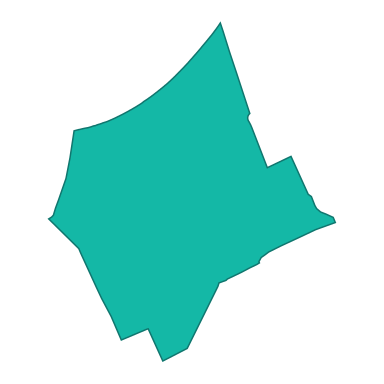 outline of Al Attarin, Al Iskandariyah, Egypt
{"feature_id": "37247803B2309887607754", "entity_name": "Al Attarin", "entity_type": "district", "adm_level": 2, "iso_a3": "EGY", "parent_name": "Egypt", "parent_adm1": "Al Iskandariyah", "projection": "orthographic", "projection_center": [29.903, 31.198], "detail": "fine", "context": "isolated", "style": "filled", "palette": "teal", "viewbox_px": 384, "rotation_deg": 0, "n_neighbors": 0, "source": "geoboundaries", "source_scale": "gbopen_adm2", "svg_char_len": 5620}
<svg xmlns="http://www.w3.org/2000/svg" viewBox="0 0 384 384"><path d="M121.3,340.0L136.9,333.4L146.6,329.3L148.2,328.8L162.7,360.8L162.8,361.0L187.2,348.4L213.7,294.9L217.9,286.4L219.0,282.9L226.1,280.3L227.4,279.0L241.6,272.2L249.5,268.0L256.8,264.5L259.4,262.9L258.9,261.7L261.2,257.5L265.3,254.6L268.7,252.0L280.7,246.0L283.7,244.6L304.1,235.1L315.5,229.7L320.4,227.9L323.5,226.8L335.3,222.5L333.2,217.4L326.2,214.2L320.6,212.0L316.6,208.6L314.8,205.4L311.4,196.6L308.2,194.3L291.0,156.4L267.3,167.7L251.8,127.6L251.5,126.9L251.2,126.2L250.9,125.5L250.6,124.8L250.2,124.1L249.9,123.4L249.5,122.8L249.2,122.1L248.5,121.0L248.3,120.7L248.2,120.3L248.1,120.1L248.0,119.8L247.8,119.4L247.8,119.0L247.7,118.6L247.7,118.2L247.7,117.8L247.7,117.4L247.8,117.0L247.9,116.6L247.9,116.4L248.0,116.0L248.2,115.6L248.3,115.4L248.5,115.1L248.7,114.7L248.9,114.4L249.2,114.1L249.5,113.8L249.8,113.5L236.5,72.9L229.6,52.2L223.1,31.4L220.3,23.0L220.1,23.3L220.0,23.5L219.7,23.9L219.4,24.4L219.3,24.5L218.6,25.6L218.5,25.8L218.3,26.0L218.2,26.2L217.6,27.0L217.2,27.6L217.0,27.8L216.9,28.0L216.2,29.0L215.8,29.5L215.7,29.7L215.5,29.9L215.4,30.1L215.3,30.3L215.1,30.4L215.0,30.6L214.8,30.8L214.7,31.0L214.4,31.3L214.3,31.5L214.1,31.7L214.0,32.0L213.8,32.2L213.6,32.5L213.4,32.7L213.3,32.9L213.0,33.3L212.8,33.5L212.2,34.3L212.0,34.5L211.9,34.7L211.8,34.9L211.1,35.7L210.8,36.0L210.7,36.2L210.2,36.7L210.0,37.1L209.9,37.2L209.7,37.3L209.5,37.6L209.3,37.9L209.1,38.2L208.9,38.3L208.8,38.5L208.7,38.7L208.5,38.8L208.3,39.0L208.2,39.3L208.0,39.5L207.7,39.8L207.5,40.1L207.3,40.4L207.0,40.7L206.7,41.0L205.7,42.3L205.3,42.7L205.1,42.9L204.9,43.2L204.6,43.6L204.3,43.9L204.1,44.2L203.8,44.5L203.4,45.0L203.1,45.3L202.8,45.7L202.1,46.5L201.7,47.0L201.0,47.9L200.6,48.4L199.3,49.9L198.5,50.9L198.1,51.3L197.7,51.8L197.4,52.2L197.0,52.6L196.7,52.9L196.2,53.6L195.9,53.9L195.7,54.1L195.5,54.3L195.4,54.5L195.2,54.6L195.1,54.8L194.9,55.1L194.7,55.2L194.6,55.3L194.4,55.6L193.9,56.1L193.7,56.4L193.4,56.7L193.1,57.0L192.8,57.5L192.3,58.0L191.9,58.5L191.7,58.7L191.4,59.0L191.1,59.3L190.8,59.7L190.6,59.9L190.4,60.1L190.1,60.4L190.0,60.6L189.1,61.6L188.9,61.8L188.7,62.0L188.4,62.4L188.2,62.7L188.0,62.9L187.8,63.1L187.6,63.3L187.3,63.6L187.1,63.8L186.9,64.0L186.6,64.4L186.1,64.9L186.0,65.0L185.8,65.2L185.6,65.4L185.4,65.6L185.2,65.9L184.9,66.1L184.7,66.4L184.4,66.8L184.0,67.1L183.0,68.2L182.7,68.5L182.4,68.8L182.0,69.2L181.8,69.4L181.6,69.6L181.3,69.9L181.0,70.2L179.9,71.4L179.6,71.7L178.7,72.5L178.1,73.2L177.5,73.8L176.8,74.5L176.5,74.8L175.9,75.4L175.1,76.3L174.5,76.8L174.2,77.1L174.0,77.3L173.7,77.6L173.5,77.8L173.3,78.0L173.1,78.2L172.9,78.4L172.7,78.6L172.3,78.9L172.1,79.1L171.9,79.4L171.6,79.6L171.4,79.8L171.1,80.1L170.7,80.4L170.4,80.8L169.2,81.8L168.9,82.1L168.5,82.5L168.2,82.8L167.8,83.1L167.2,83.7L166.9,83.9L166.6,84.2L166.0,84.7L165.7,85.0L165.3,85.2L165.0,85.5L164.7,85.7L164.6,85.9L164.0,86.4L163.6,86.7L163.0,87.2L162.6,87.5L162.3,87.8L161.9,88.1L161.5,88.4L161.1,88.7L160.8,88.9L160.6,89.2L160.2,89.5L159.7,89.9L159.1,90.3L158.5,90.8L156.8,92.2L156.2,92.6L155.7,93.0L155.2,93.4L154.7,93.8L154.3,94.1L153.8,94.5L153.4,94.8L153.1,95.1L152.7,95.3L152.1,95.8L151.7,96.0L151.5,96.3L151.2,96.5L150.9,96.7L150.4,97.0L150.2,97.2L150.0,97.3L149.8,97.5L149.6,97.6L149.2,97.8L148.4,98.5L148.2,98.6L147.9,98.8L147.7,99.0L147.3,99.2L147.1,99.4L146.9,99.5L146.6,99.7L146.4,99.8L146.1,100.0L145.7,100.3L145.2,100.6L144.9,100.8L144.6,101.0L144.4,101.1L144.1,101.3L143.7,101.6L143.1,102.1L142.9,102.3L142.7,102.4L142.6,102.6L142.4,102.7L142.0,103.0L141.8,103.1L141.3,103.5L141.1,103.6L140.8,103.8L140.6,104.0L140.3,104.1L140.1,104.3L139.8,104.5L139.5,104.6L139.1,104.9L138.8,105.1L138.4,105.3L137.6,105.8L137.3,106.0L137.2,106.1L136.5,106.5L135.7,107.0L135.1,107.4L134.4,107.7L134.1,107.9L133.9,108.1L133.6,108.2L133.4,108.4L133.1,108.5L131.3,109.6L131.1,109.7L130.9,109.8L130.5,110.0L130.1,110.2L129.9,110.3L129.6,110.5L129.4,110.6L129.2,110.7L129.1,110.8L128.9,110.9L128.7,111.1L128.1,111.4L127.9,111.5L127.4,111.7L127.2,111.8L126.8,112.1L126.6,112.2L126.4,112.3L126.2,112.4L126.0,112.5L125.6,112.7L125.5,112.8L125.3,112.9L125.1,113.0L124.9,113.1L124.6,113.2L124.4,113.4L124.1,113.5L123.8,113.7L123.4,113.9L123.0,114.1L122.6,114.3L122.2,114.5L121.7,114.8L121.2,115.0L120.6,115.3L120.0,115.6L119.5,115.9L118.9,116.2L118.1,116.5L117.6,116.8L117.0,117.1L116.4,117.4L115.2,118.0L114.1,118.5L113.0,119.0L112.5,119.2L112.0,119.5L111.4,119.7L110.9,119.9L109.9,120.4L108.9,120.8L108.5,121.0L108.0,121.2L107.7,121.3L107.3,121.5L107.0,121.6L106.7,121.7L106.2,121.9L105.8,122.0L105.5,122.1L105.3,122.2L104.7,122.3L104.3,122.5L103.1,122.8L102.8,123.0L102.6,123.0L102.3,123.1L102.2,123.2L102.0,123.3L101.9,123.4L101.4,123.5L101.2,123.6L100.5,123.8L100.3,123.9L100.0,124.0L98.9,124.3L98.6,124.4L97.6,124.7L97.0,124.9L96.9,125.0L96.7,125.0L96.3,125.2L96.1,125.3L95.9,125.4L95.6,125.5L95.4,125.6L95.2,125.7L94.9,125.8L94.7,125.8L94.5,125.7L94.3,125.8L94.1,125.8L93.9,125.8L93.2,126.1L92.6,126.2L92.4,126.3L92.2,126.4L91.8,126.6L91.3,126.7L90.8,126.9L90.3,127.1L90.0,127.1L89.2,127.4L88.9,127.4L88.7,127.5L88.1,127.7L87.5,127.8L87.3,127.8L87.2,127.9L86.1,128.0L85.7,128.1L85.3,128.2L85.2,128.2L84.6,128.3L83.7,128.5L83.1,128.6L82.8,128.7L82.3,128.8L82.1,128.9L81.4,129.0L81.1,129.1L80.8,129.2L80.6,129.2L80.1,129.4L79.5,129.5L79.1,129.5L78.6,129.7L78.3,129.7L78.1,129.8L76.4,130.2L76.1,130.3L74.9,130.6L74.5,130.7L74.1,130.8L70.0,157.9L67.5,170.8L66.0,178.5L58.5,200.1L55.6,207.9L53.4,215.2L51.6,217.1L48.7,218.9L49.0,219.2L78.8,248.6L80.8,253.3L96.2,286.9L101.6,298.4L111.2,316.5L121.3,340.0Z" fill="#14b8a6" stroke="#0f766e" stroke-width="1.5"/></svg>